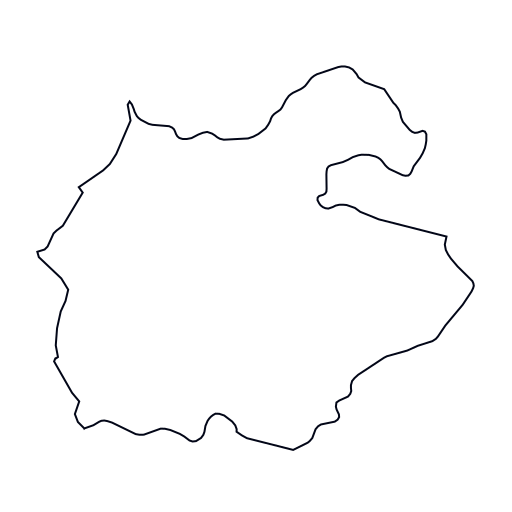 the County of Wicklow, rotated 182°
{"feature_id": "IRL-719", "entity_name": "Wicklow", "entity_type": "County", "adm_level": 1, "iso_a3": "IRL", "parent_name": "Ireland", "parent_adm1": "", "projection": "natural_earth1", "projection_center": [-6.415, 52.953], "detail": "fine", "context": "isolated", "style": "outline", "palette": "ink", "viewbox_px": 512, "rotation_deg": 182, "n_neighbors": 0, "source": "natural_earth", "source_scale": "10m", "svg_char_len": 2910}
<svg xmlns="http://www.w3.org/2000/svg" viewBox="0 0 512 512"><g transform="rotate(182 256 256)"><path d="M421.6,77.6L421.7,77.8L428.2,83.9L431.5,91.7L427.6,104.5L435.1,112.9L454.1,143.6L453.1,146.3L452.8,146.8L452.3,146.7L450.4,148.1L453.0,159.7L452.3,176.9L449.2,193.8L444.8,204.4L442.5,215.8L449.8,226.8L473.0,247.3L474.7,252.6L467.5,255.1L464.6,258.2L459.1,271.5L456.2,274.5L450.1,279.5L431.4,313.3L435.5,318.6L411.8,336.2L405.3,342.8L399.2,353.1L386.1,386.9L389.5,402.7L387.7,406.0L385.3,403.1L383.2,398.4L382.4,396.0L380.0,391.7L378.5,390.1L377.2,389.1L375.8,388.1L367.9,384.3L364.1,383.5L347.4,382.7L344.3,381.4L342.4,379.8L341.2,377.5L340.2,375.1L338.8,372.9L336.8,371.3L333.5,370.4L329.3,370.5L324.5,371.6L317.8,375.4L313.4,377.3L309.1,378.3L304.2,376.8L301.3,375.1L298.9,373.3L296.2,371.9L292.2,371.1L268.1,373.2L262.8,375.2L257.9,378.0L250.9,383.8L248.4,387.6L246.6,391.2L245.8,394.0L244.6,396.4L242.9,398.4L240.9,400.0L238.7,401.6L236.7,403.2L235.2,405.4L231.6,412.9L228.8,417.1L226.9,418.8L224.7,420.4L217.2,424.3L214.9,425.9L212.9,427.6L211.3,429.7L208.3,434.0L206.7,436.0L204.2,438.1L201.4,439.8L180.4,447.7L177.2,448.4L173.6,448.5L169.6,447.7L165.9,445.8L161.8,441.3L159.8,438.0L153.1,433.3L133.7,427.2L124.1,413.9L121.7,411.7L119.1,408.3L117.3,405.2L115.8,399.4L113.9,395.2L106.8,387.4L104.2,385.5L101.6,384.6L98.8,385.0L93.9,386.9L91.5,386.2L90.0,383.6L89.8,377.2L90.3,373.2L91.0,369.6L93.0,364.5L95.5,359.8L101.5,351.2L103.4,346.0L104.7,343.5L106.5,341.8L109.4,341.4L112.3,341.9L125.9,347.7L128.0,349.3L130.0,351.2L133.2,355.1L135.0,356.9L137.2,358.4L140.0,359.6L146.7,361.0L154.0,360.9L157.3,360.2L162.7,358.2L167.3,355.4L172.5,352.9L184.2,349.4L186.6,348.0L188.0,345.9L188.4,343.1L188.5,340.1L187.8,325.5L187.9,322.8L189.0,320.8L191.0,319.5L193.4,318.7L195.0,318.1L196.4,316.5L196.5,314.0L194.7,310.8L193.2,308.9L190.9,307.2L188.4,306.2L185.4,305.9L181.0,307.6L178.1,309.2L174.6,310.1L171.0,310.3L167.2,310.1L158.8,307.5L153.4,303.8L134.5,296.9L66.3,282.1L67.7,274.0L66.5,268.6L64.1,264.3L61.1,260.2L54.2,252.6L38.9,238.5L37.8,236.2L37.3,233.8L37.9,231.4L39.4,228.0L47.8,214.4L64.3,193.2L71.3,182.0L73.3,179.5L76.7,177.1L91.2,171.9L101.5,166.8L121.6,160.4L124.5,158.8L149.7,140.9L153.3,137.4L155.6,134.4L156.6,130.3L156.5,127.4L156.1,124.4L157.0,121.5L159.2,118.7L167.7,114.5L170.5,112.4L170.9,108.2L170.1,105.4L167.6,100.6L167.3,97.9L168.7,95.3L171.5,93.2L185.2,89.9L188.0,88.0L190.4,85.0L193.4,76.0L195.9,72.9L197.7,71.3L212.1,63.5L258.7,73.6L263.8,76.2L269.3,79.7L269.3,82.3L270.8,86.0L274.0,89.7L282.2,95.5L287.2,97.0L291.0,97.0L293.2,95.7L295.3,94.0L297.1,91.9L298.6,89.6L300.6,84.4L301.4,78.5L302.4,75.4L304.6,72.2L309.5,68.9L312.9,68.4L316.0,69.3L321.4,73.1L326.0,75.6L335.5,79.1L341.1,80.2L345.3,80.1L361.9,73.5L366.3,73.3L370.0,73.8L394.1,84.5L398.7,85.8L401.9,86.3L404.8,85.9L406.9,84.9L412.6,81.2L421.5,77.7L421.6,77.6Z" fill="none" stroke="#020617" stroke-width="2"/></g></svg>